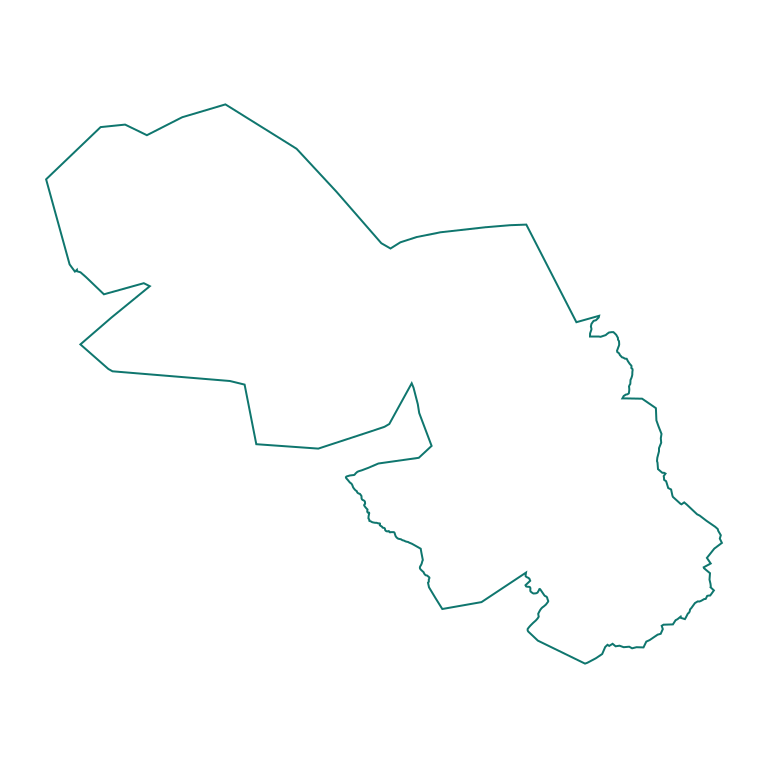 the district of Tlalixtaquilla de Maldonado, Guerrero, Mexico
{"feature_id": "50627088B67184194855062", "entity_name": "Tlalixtaquilla de Maldonado", "entity_type": "district", "adm_level": 2, "iso_a3": "MEX", "parent_name": "Mexico", "parent_adm1": "Guerrero", "projection": "orthographic", "projection_center": [-98.386, 17.568], "detail": "fine", "context": "isolated", "style": "outline", "palette": "teal", "viewbox_px": 768, "rotation_deg": 0, "n_neighbors": 0, "source": "geoboundaries", "source_scale": "gbopen_adm2", "svg_char_len": 5950}
<svg xmlns="http://www.w3.org/2000/svg" viewBox="0 0 768 768"><path d="M108.4,369.0L110.4,370.1L112.5,371.3L229.9,381.0L244.6,384.6L256.3,444.2L318.3,448.6L370.2,431.6L384.5,426.8L389.3,424.0L411.7,383.3L413.5,387.6L417.8,404.2L419.2,413.0L431.6,445.9L418.8,457.8L378.4,463.5L367.9,468.0L366.0,468.7L361.8,470.3L359.1,471.1L357.4,471.8L355.5,473.5L354.8,474.5L354.0,475.0L352.2,475.2L349.8,475.5L346.5,476.5L345.9,477.2L346.0,477.8L346.5,478.5L346.8,478.9L347.3,479.4L348.0,480.2L349.2,481.7L350.0,482.6L350.9,483.3L351.3,483.5L351.8,484.2L352.4,485.3L352.7,486.2L353.1,487.3L353.7,488.2L354.4,489.1L355.3,490.1L355.9,490.6L356.8,491.2L357.0,491.9L357.4,492.6L358.1,493.2L358.7,493.5L359.9,493.9L360.7,494.9L361.4,495.9L361.5,496.6L361.5,497.2L361.6,498.6L362.0,499.4L362.7,500.0L363.3,500.2L364.0,500.6L364.5,501.0L365.0,502.0L365.0,502.4L365.1,503.6L364.9,504.1L364.5,504.4L364.2,504.9L364.2,505.5L364.7,506.2L365.0,506.7L365.9,507.8L366.4,508.4L367.0,509.0L367.5,509.5L367.4,510.3L367.3,510.7L367.2,511.1L367.3,511.7L367.5,512.2L367.8,512.6L368.1,512.7L368.5,512.6L368.8,512.5L369.1,512.7L369.2,513.0L369.2,513.4L369.0,513.8L369.0,514.4L368.6,516.0L368.5,517.4L368.4,518.2L368.6,518.7L368.8,518.9L369.1,519.3L369.3,519.8L369.3,520.5L369.3,520.8L369.6,521.0L370.7,521.3L371.8,522.0L372.6,522.3L374.0,522.6L375.2,522.8L376.6,522.8L377.2,523.0L377.6,523.2L378.1,523.3L379.4,523.4L379.9,523.5L380.0,523.7L380.0,524.1L379.8,524.6L379.8,525.1L380.0,525.3L380.5,525.8L381.1,526.1L381.6,526.4L382.0,526.7L382.3,527.2L382.4,527.4L382.8,527.7L384.0,527.9L384.5,528.1L384.9,528.7L385.1,529.6L385.2,530.1L385.6,530.6L385.9,530.9L386.7,531.3L387.4,531.4L387.9,531.3L388.3,531.1L388.8,531.2L389.1,531.3L389.4,531.7L389.4,532.0L389.6,532.2L390.0,532.3L390.3,532.3L390.8,532.1L391.4,532.1L391.9,532.1L392.8,532.1L393.6,532.1L394.1,532.3L394.4,532.6L394.7,533.2L394.9,534.0L395.1,534.7L395.7,536.3L396.7,537.6L398.2,538.7L401.0,539.3L402.4,540.2L404.0,540.6L405.5,541.4L407.0,541.8L408.1,542.0L409.3,542.7L411.8,543.7L420.7,548.7L421.4,552.7L422.8,559.9L422.8,560.1L422.4,561.0L422.0,562.3L421.8,563.2L421.3,564.5L420.1,566.6L419.9,567.4L419.9,568.0L420.0,568.5L420.3,569.0L420.6,569.4L421.2,570.0L422.8,571.5L423.6,572.2L424.0,573.2L424.6,574.2L425.4,575.0L426.1,575.4L426.6,575.4L427.0,575.5L427.3,575.7L427.8,576.1L428.7,576.9L429.2,577.3L429.4,577.6L429.4,577.9L429.3,578.5L428.9,579.2L428.8,579.6L428.8,580.0L428.8,581.1L428.8,581.6L428.7,581.9L428.2,582.4L428.0,582.7L429.0,587.3L435.5,598.1L442.3,609.0L481.5,602.1L525.1,573.2L526.0,572.6L525.7,574.4L525.6,575.6L525.6,576.1L525.9,576.5L526.3,576.8L526.9,577.2L527.5,577.5L528.5,577.9L529.2,578.6L529.5,578.9L529.6,579.3L530.2,580.8L525.5,585.2L526.1,586.4L526.6,586.6L528.0,586.8L529.0,586.8L529.7,587.0L530.2,587.6L530.4,588.3L530.3,590.2L530.4,591.1L530.7,591.6L531.2,592.0L531.7,592.4L532.8,593.2L533.6,593.5L534.8,593.4L536.0,593.3L537.0,592.9L537.6,592.5L538.8,590.4L539.1,589.7L539.3,589.2L539.8,589.0L540.1,589.2L540.5,589.7L544.3,595.3L544.9,595.9L545.7,596.3L546.4,596.6L546.7,596.9L547.2,597.8L547.5,599.1L548.2,600.9L548.2,601.4L548.0,601.8L547.2,602.9L545.8,604.7L544.6,605.7L543.7,606.5L542.5,607.3L541.3,608.5L540.2,610.0L539.8,610.7L539.0,612.2L538.2,613.8L538.7,616.7L538.1,617.7L537.5,618.6L535.8,620.5L533.1,622.9L530.4,625.6L529.0,627.2L527.7,628.9L527.6,630.0L527.8,630.8L528.2,631.5L537.2,640.0L537.8,640.6L585.0,663.6L587.3,662.8L595.8,658.3L602.2,654.0L605.2,647.0L607.5,644.8L609.2,645.9L612.6,643.8L615.6,646.3L619.5,645.7L623.7,647.2L629.2,646.7L632.1,648.3L636.5,647.2L642.7,647.4L643.5,647.4L646.3,641.6L649.6,640.1L657.7,634.6L657.9,634.6L660.7,633.8L662.8,629.1L661.7,625.8L663.5,624.7L672.9,624.4L675.6,620.2L677.5,619.2L680.7,616.6L681.1,618.0L682.0,618.2L684.9,619.1L685.7,617.8L687.9,613.5L688.6,613.1L689.6,611.7L690.1,609.4L691.3,608.1L694.9,603.1L697.7,601.4L699.5,601.5L701.4,600.7L704.1,599.1L705.7,598.9L707.2,595.9L708.4,595.6L710.2,595.5L711.9,593.2L713.9,590.4L710.5,587.2L710.8,586.5L710.5,583.9L709.5,579.6L710.0,573.2L707.7,571.3L704.0,568.2L703.7,567.3L710.7,563.5L706.9,557.9L714.3,548.6L721.9,542.9L719.8,538.6L720.8,535.2L720.1,534.0L718.3,531.0L717.7,529.0L715.2,526.8L706.6,520.9L699.7,515.6L697.1,514.3L686.7,504.5L684.2,502.4L681.5,504.3L680.5,503.8L672.9,496.9L672.4,495.6L671.1,489.5L668.2,488.0L666.5,482.4L666.1,481.2L664.6,480.2L664.1,479.8L664.0,477.8L663.7,476.1L665.5,473.6L664.1,472.8L662.3,472.8L658.0,469.1L657.5,462.6L657.0,461.1L657.3,457.8L659.0,451.3L659.0,448.2L661.2,442.7L660.8,438.3L661.5,433.9L658.5,426.3L656.4,420.4L655.9,408.2L654.8,407.4L642.1,398.7L625.7,398.4L622.4,398.4L623.7,396.0L625.8,394.6L627.4,394.3L628.8,393.4L629.1,391.6L629.3,389.8L629.2,387.9L629.0,386.5L629.6,385.0L630.3,383.9L630.4,382.1L630.5,380.0L631.4,378.0L632.0,376.1L632.3,374.6L632.3,373.3L632.4,371.6L632.6,370.4L632.5,369.1L631.5,368.1L631.3,367.9L631.5,367.0L631.4,365.7L630.4,364.6L629.6,363.7L628.6,362.2L627.8,361.0L626.7,358.8L624.8,358.6L623.4,357.7L622.0,357.3L619.8,354.9L619.3,353.7L618.5,352.8L617.4,352.2L617.0,350.8L617.6,349.2L618.4,347.0L618.9,345.8L619.2,344.4L619.0,341.2L618.3,340.1L618.0,339.6L617.9,337.8L617.2,336.6L616.2,334.8L615.0,333.6L613.4,332.1L611.9,332.1L609.0,332.5L607.2,333.8L605.7,335.1L603.0,336.0L600.6,336.8L598.5,336.5L590.0,336.5L590.0,336.1L590.1,333.4L590.4,332.5L591.4,329.6L591.4,328.4L590.9,326.7L591.4,324.0L592.7,322.1L593.6,320.9L596.0,320.2L597.6,318.6L598.7,317.5L599.1,315.8L576.4,322.2L537.3,246.0L526.3,224.6L510.1,225.2L486.1,227.2L485.5,227.2L485.0,227.3L440.3,232.3L437.5,232.9L416.8,237.0L403.5,241.3L403.2,241.4L400.4,242.3L390.5,248.5L382.5,243.9L382.3,243.8L381.3,243.2L336.7,192.0L296.6,148.8L272.3,133.6L225.4,104.4L182.3,117.2L178.7,119.0L146.9,135.2L125.1,124.6L100.6,127.1L46.1,179.3L69.6,264.4L74.9,271.6L75.4,271.3L76.9,269.8L77.1,271.3L80.5,272.3L86.2,277.3L103.9,294.3L143.8,283.2L149.8,286.2L111.5,317.5L80.4,344.4L108.4,369.0Z" fill="none" stroke="#0f766e" stroke-width="2"/></svg>